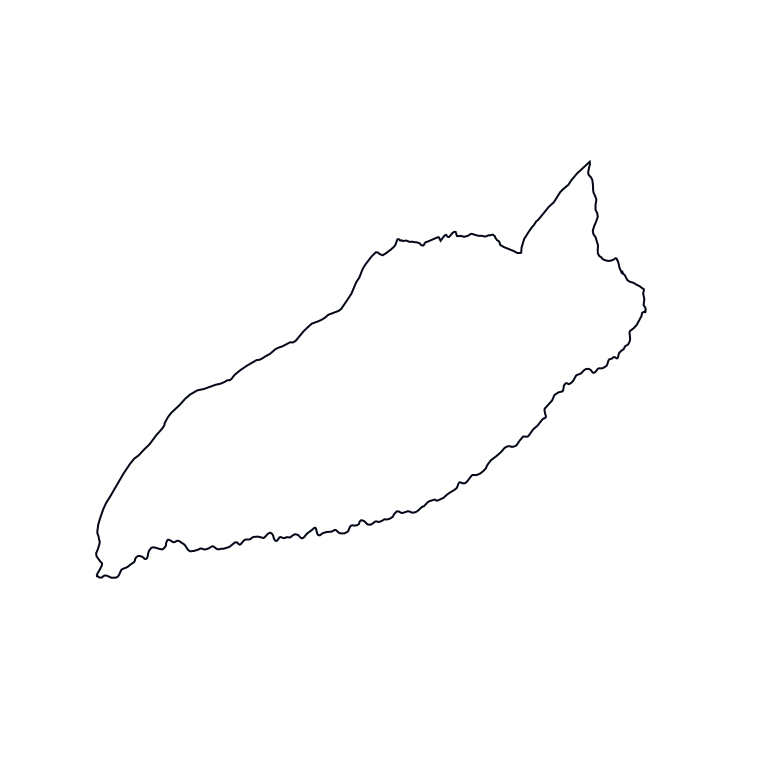 Tibacuy, Cundinamarca, Colombia (Equal Earth projection), rotated 20°
{"feature_id": "7082276B3061851186589", "entity_name": "Tibacuy", "entity_type": "district", "adm_level": 2, "iso_a3": "COL", "parent_name": "Colombia", "parent_adm1": "Cundinamarca", "projection": "equal_earth", "projection_center": [-74.469, 4.323], "detail": "fine", "context": "isolated", "style": "outline", "palette": "ink", "viewbox_px": 768, "rotation_deg": 20, "n_neighbors": 0, "source": "geoboundaries", "source_scale": "gbopen_adm2", "svg_char_len": 6165}
<svg xmlns="http://www.w3.org/2000/svg" viewBox="0 0 768 768"><g transform="rotate(20 384 384)"><path d="M171.3,641.4L172.8,644.2L178.5,648.1L180.0,648.6L180.5,649.2L180.9,650.8L180.7,653.5L180.1,657.7L179.6,659.4L179.6,661.9L180.0,662.8L180.9,662.6L182.6,663.2L184.2,662.8L185.2,662.1L186.4,660.0L187.4,659.3L189.5,658.9L194.0,659.3L198.3,657.7L199.7,656.1L200.3,654.4L200.7,648.5L201.8,647.0L204.5,644.8L206.3,642.6L207.3,640.6L210.1,636.9L210.3,634.7L210.0,633.5L210.3,632.1L210.8,630.9L211.5,630.0L212.5,629.4L214.1,629.0L215.9,629.1L217.6,629.5L218.7,630.2L219.8,630.0L220.6,629.4L220.9,628.5L220.9,626.6L220.4,624.5L220.2,622.2L220.4,620.5L221.2,617.8L222.3,616.7L224.2,616.1L230.1,615.7L232.3,615.2L233.0,614.4L234.0,612.2L234.3,610.2L233.6,607.9L233.9,604.8L234.4,604.0L236.4,604.0L240.1,604.8L241.2,604.2L243.4,602.0L244.8,601.6L251.5,603.2L256.9,607.1L259.2,607.5L262.6,605.8L266.3,603.0L267.2,601.8L268.3,601.1L271.8,600.9L272.7,600.6L275.3,598.6L277.7,595.6L278.5,595.1L279.9,595.1L282.8,596.1L284.2,596.2L285.7,595.6L287.7,594.3L289.6,593.7L294.5,589.9L298.1,583.8L300.0,583.1L302.3,584.2L303.4,584.3L304.1,583.6L304.7,582.2L305.9,578.8L307.0,577.6L311.1,575.9L313.4,572.5L317.8,570.5L323.5,569.9L324.2,569.0L326.1,564.5L327.5,562.9L328.6,562.6L330.6,563.4L332.1,564.9L333.3,566.8L334.8,568.1L336.1,568.4L336.9,568.1L337.7,566.2L338.2,564.0L338.9,563.2L342.1,563.2L343.5,562.6L344.6,561.4L348.4,560.2L349.9,557.6L351.7,555.6L354.7,555.2L358.2,556.9L359.5,557.1L360.1,556.8L360.7,556.3L361.4,554.9L362.8,550.9L365.9,546.3L367.6,543.2L368.5,542.6L369.5,543.1L372.5,547.5L373.6,548.3L374.5,548.4L375.4,548.2L377.3,545.3L379.2,543.8L380.7,542.7L385.4,540.6L387.1,538.5L388.0,537.8L388.7,537.7L393.0,539.4L395.4,538.9L397.9,537.9L400.1,535.5L400.4,535.0L400.7,533.7L400.9,529.5L401.4,528.5L402.5,527.6L404.3,527.3L407.2,525.8L408.3,524.2L408.2,521.6L408.9,520.1L409.4,519.7L412.2,519.6L416.6,521.6L419.4,520.9L421.0,519.1L422.6,516.4L423.9,515.7L426.3,515.5L428.3,513.9L430.8,510.9L432.3,510.6L434.2,509.7L436.1,507.9L437.8,505.5L437.7,504.7L438.2,502.2L439.6,499.3L441.5,498.7L444.1,499.2L445.0,499.0L445.9,498.6L449.9,495.4L451.3,495.1L454.5,495.3L457.2,493.9L459.1,491.7L461.9,486.2L463.3,485.3L465.3,480.6L466.5,478.8L470.8,475.5L471.9,475.2L473.1,475.7L474.2,475.2L478.8,470.7L480.9,466.6L483.0,463.6L486.1,459.8L487.8,457.2L488.1,454.5L488.0,452.4L488.3,451.1L489.2,450.3L492.1,450.4L494.2,449.4L495.4,447.3L497.7,440.0L498.4,439.2L502.2,437.9L505.0,435.2L507.3,431.5L508.7,428.0L508.6,425.9L509.1,423.8L510.6,418.9L513.7,414.3L515.5,411.2L517.4,407.5L519.1,403.0L520.4,401.3L521.9,400.0L523.8,399.4L525.8,399.4L528.4,397.6L529.4,396.4L530.9,390.6L532.7,385.8L536.2,384.7L537.0,384.2L537.6,383.2L539.7,375.6L542.5,370.6L545.1,362.7L547.3,360.4L547.2,358.9L545.8,357.1L544.0,354.2L543.5,352.8L543.6,351.8L547.6,342.0L547.9,336.5L548.3,335.5L550.7,332.3L554.2,329.9L554.5,328.6L553.6,323.9L554.2,321.8L555.2,320.7L557.6,321.0L558.0,320.8L559.3,319.2L560.2,317.6L560.8,315.7L561.6,310.4L562.5,309.3L565.4,306.9L567.0,303.2L568.3,301.2L570.2,300.1L571.4,299.8L573.4,300.1L576.3,301.9L577.0,301.8L578.2,301.0L578.9,299.4L579.6,296.9L580.0,296.3L580.7,295.7L583.4,294.8L584.3,294.1L586.7,291.2L587.1,289.9L586.9,285.0L587.3,283.7L589.0,282.6L589.8,281.6L590.4,280.3L591.7,279.9L594.1,280.3L594.7,279.7L594.7,278.3L594.3,275.4L594.5,273.9L595.7,271.5L597.2,269.5L597.7,266.1L599.9,263.3L600.2,260.8L600.2,258.8L599.9,257.5L597.1,251.7L597.0,250.1L599.5,246.2L601.0,242.7L601.4,241.3L602.7,232.0L602.2,229.2L602.4,228.6L603.4,227.5L605.0,227.1L604.9,226.5L604.5,226.7L604.3,224.2L603.8,223.3L603.2,222.6L602.1,222.0L600.9,220.9L599.6,215.2L596.5,210.2L596.2,207.2L595.9,206.4L595.7,206.0L593.6,205.6L591.0,204.7L587.9,204.4L583.8,203.6L580.2,203.8L577.2,203.2L572.8,199.2L571.0,198.7L570.1,197.4L569.4,197.0L569.1,198.0L565.3,194.0L563.8,191.4L561.6,188.3L560.6,187.9L560.1,186.9L559.7,186.6L558.5,186.7L556.9,188.9L554.8,190.6L552.6,191.7L549.6,192.1L546.6,191.8L545.0,190.7L542.5,190.1L540.4,188.2L539.2,185.6L537.6,180.4L532.7,173.8L529.5,171.5L528.0,169.1L527.7,167.8L527.5,163.7L527.8,158.7L527.7,153.9L526.1,150.7L523.2,148.0L521.5,143.3L520.6,138.3L518.7,135.8L515.3,132.3L513.9,129.6L512.6,126.2L509.9,120.9L507.5,118.8L505.3,117.8L504.1,116.6L503.3,114.6L502.6,109.8L502.5,107.4L501.3,104.8L493.3,120.3L490.2,129.0L489.2,133.6L485.6,139.8L483.9,143.6L481.5,154.9L478.2,161.3L473.9,173.8L472.8,176.9L471.5,179.0L470.3,184.1L469.7,185.1L468.2,190.3L466.1,199.9L466.6,208.7L468.0,213.6L467.3,214.3L464.4,215.3L460.3,214.7L449.6,214.3L445.7,213.6L443.9,211.2L442.9,210.5L440.9,210.1L438.5,208.4L437.8,207.4L435.5,206.5L434.5,206.8L432.7,208.1L431.8,208.2L428.8,210.8L425.0,211.4L421.8,212.5L414.9,212.9L414.0,213.6L412.1,216.1L408.9,218.3L405.4,218.5L404.4,219.2L402.0,220.0L399.3,216.6L397.7,217.2L396.4,219.3L396.0,220.8L394.8,223.7L393.4,223.9L391.4,222.6L390.5,223.2L389.9,224.4L388.2,230.1L385.8,227.7L385.0,227.4L383.7,228.3L376.4,235.2L374.9,236.3L374.3,237.2L373.7,240.3L372.9,240.7L371.4,240.7L369.4,239.6L366.0,239.7L363.4,240.5L362.1,240.5L359.5,241.7L355.8,241.6L352.9,243.2L351.3,242.9L350.4,243.7L349.8,243.6L349.0,243.0L348.1,242.9L347.1,243.6L347.1,249.5L346.6,251.3L344.5,255.3L341.2,260.4L338.7,263.5L335.5,263.4L333.2,262.5L331.3,263.0L328.7,268.4L325.6,278.2L324.6,283.4L324.4,292.4L323.1,297.9L322.5,309.9L321.6,314.3L318.1,328.1L316.4,330.8L307.9,338.1L306.1,341.5L303.6,344.8L300.3,348.0L295.5,352.0L292.7,357.2L290.4,362.0L286.2,373.7L284.1,376.2L281.5,376.9L275.8,383.2L272.0,386.3L269.9,388.6L266.7,394.5L262.9,398.8L261.1,401.3L258.9,403.7L256.0,405.2L249.3,413.2L244.6,419.6L242.1,423.7L240.4,426.7L239.1,431.0L238.0,433.0L235.2,434.3L233.6,436.5L230.2,439.7L226.2,442.2L216.3,450.4L210.8,453.8L205.5,460.1L202.3,465.7L199.1,473.7L194.0,483.7L192.6,488.0L192.0,490.8L191.3,495.6L191.7,497.9L190.8,501.9L187.8,509.2L184.2,521.1L181.3,526.9L177.9,534.9L174.8,539.6L172.7,545.7L169.8,557.5L165.3,582.7L163.6,590.7L163.0,597.6L163.2,608.4L163.6,614.3L164.2,616.6L164.8,619.8L165.6,622.1L167.7,624.6L169.7,628.0L170.8,629.3L171.3,631.4L171.6,636.9L171.5,640.6L171.3,641.4Z" fill="none" stroke="#020617" stroke-width="2"/></g></svg>